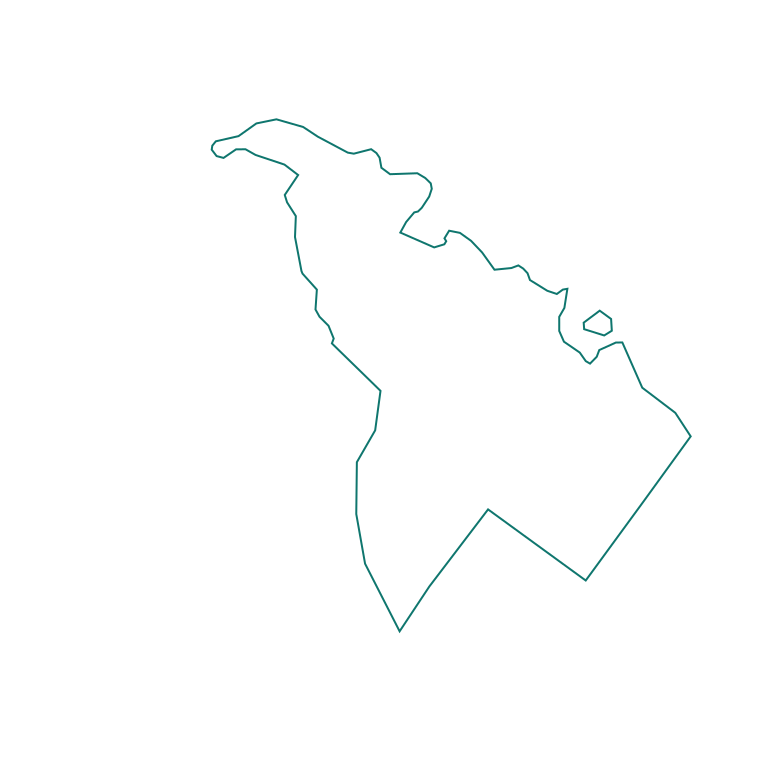 the district of Kitsap, Washington, United States of America, rotated 306°
{"feature_id": "52423323B24057696547970", "entity_name": "Kitsap", "entity_type": "district", "adm_level": 2, "iso_a3": "USA", "parent_name": "United States of America", "parent_adm1": "Washington", "projection": "mercator", "projection_center": [-122.582, 47.672], "detail": "fine", "context": "isolated", "style": "outline", "palette": "teal", "viewbox_px": 768, "rotation_deg": 306, "n_neighbors": 0, "source": "geoboundaries", "source_scale": "gbopen_adm2", "svg_char_len": 1319}
<svg xmlns="http://www.w3.org/2000/svg" viewBox="0 0 768 768"><g transform="rotate(306 384 384)"><path d="M343.6,662.7L439.4,663.0L521.9,662.9L531.9,636.6L532.8,595.1L557.7,552.4L553.8,547.2L538.0,538.2L531.1,540.1L521.6,538.7L521.1,533.8L524.5,523.9L524.0,504.7L529.9,494.6L533.2,492.2L541.3,486.3L551.6,485.2L568.8,476.4L565.5,473.2L558.4,470.9L555.4,461.3L553.9,441.0L558.0,435.0L559.2,428.8L558.9,423.0L552.7,418.9L541.4,406.2L548.1,386.0L551.0,370.3L550.9,356.6L546.3,346.6L537.4,347.3L536.1,350.4L532.5,350.7L524.0,344.3L516.1,308.2L528.1,306.7L540.6,307.6L543.5,310.1L548.8,311.0L562.2,310.4L570.0,307.9L573.8,303.9L574.9,296.3L574.1,287.1L557.3,265.6L557.4,254.8L564.5,247.4L566.4,242.1L566.4,235.6L552.6,224.2L549.9,218.7L545.2,185.2L544.4,167.5L534.9,141.4L519.8,127.6L499.0,120.6L481.5,105.3L475.9,105.0L472.3,106.9L470.0,114.6L472.6,121.3L486.9,126.4L492.5,134.0L493.8,145.4L503.0,174.5L502.6,191.7L478.6,192.6L474.0,198.8L468.0,214.0L450.6,225.6L426.9,250.8L425.4,253.2L420.9,274.2L404.0,284.8L400.5,292.3L398.5,304.9L391.2,316.6L386.2,318.0L376.7,383.2L376.4,385.2L341.3,404.1L304.8,408.0L262.5,438.0L227.5,474.3L193.1,542.0L246.8,539.7L343.7,541.9L343.6,662.7ZM551.0,509.5L546.0,513.7L552.7,533.6L561.0,537.0L570.1,529.5L570.1,515.4L551.0,509.5Z" fill="none" stroke="#0f766e" stroke-width="2"/></g></svg>